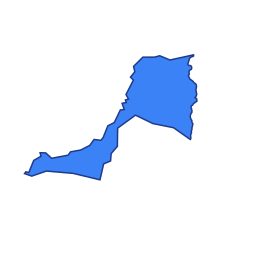 the district of Ezo, Western Equatoria, South Sudan, rotated 216°
{"feature_id": "79223893B74346966367837", "entity_name": "Ezo", "entity_type": "district", "adm_level": 2, "iso_a3": "SSD", "parent_name": "South Sudan", "parent_adm1": "Western Equatoria", "projection": "natural_earth1", "projection_center": [27.738, 5.603], "detail": "fine", "context": "isolated", "style": "filled", "palette": "blue", "viewbox_px": 256, "rotation_deg": 216, "n_neighbors": 0, "source": "geoboundaries", "source_scale": "gbopen_adm2", "svg_char_len": 1693}
<svg xmlns="http://www.w3.org/2000/svg" viewBox="0 0 256 256"><g transform="rotate(216 128 128)"><path d="M184.9,32.5L184.9,30.3L177.6,32.5L168.7,45.2L145.6,59.1L120.2,69.6L126.2,83.7L126.6,84.7L122.7,91.1L126.6,97.4L125.8,106.9L136.3,121.8L129.5,142.8L110.5,146.2L91.3,155.0L70.9,155.3L70.8,155.8L70.9,156.0L71.1,156.6L72.8,158.6L73.4,159.6L73.7,161.0L74.0,161.8L74.9,162.3L75.2,163.9L76.5,166.1L77.5,168.6L78.0,169.5L79.9,170.4L80.4,171.0L80.8,171.7L81.5,171.8L82.0,172.0L84.1,173.5L84.7,174.3L85.2,175.6L85.5,176.7L85.5,177.7L85.6,178.4L86.3,179.4L87.9,180.9L88.3,181.1L89.3,181.9L89.7,183.0L89.6,183.8L89.2,184.4L89.4,186.2L89.1,187.0L88.0,190.1L88.3,190.5L88.9,191.3L89.9,192.1L90.5,192.0L91.2,191.9L91.7,192.0L91.6,192.3L91.6,192.8L91.6,193.8L92.1,195.5L93.4,196.8L95.4,198.7L96.0,199.7L96.7,201.4L97.7,202.6L98.6,203.3L99.5,203.5L100.5,203.5L101.3,203.4L102.5,203.9L104.0,204.0L105.3,204.0L106.6,203.9L108.0,204.8L109.2,205.3L109.7,205.5L109.9,206.0L110.0,206.7L110.0,207.5L111.1,208.5L112.0,210.0L112.0,211.1L111.4,212.3L111.3,212.9L111.5,213.6L112.3,214.7L113.1,215.2L113.9,215.2L115.1,214.8L115.7,214.3L116.5,214.4L117.2,214.9L117.8,216.8L118.5,218.8L119.1,220.4L119.1,221.2L118.7,222.1L118.5,223.1L117.7,223.7L117.3,224.7L117.7,225.4L117.7,225.6L118.0,225.7L134.0,207.7L144.8,205.1L148.3,200.8L157.6,194.1L159.7,181.1L155.5,177.5L155.9,170.6L151.8,169.9L149.3,153.9L144.6,151.7L146.6,149.1L144.4,147.6L147.3,144.5L141.9,140.7L144.8,138.1L142.3,124.4L145.6,117.9L142.5,105.7L142.7,102.1L148.7,98.8L148.7,91.4L153.4,82.3L160.5,74.9L160.5,70.8L172.0,58.6L179.9,59.5L184.6,56.3L181.8,53.9L185.2,46.4L182.1,33.7L184.9,32.5Z" fill="#3b82f6" stroke="#1e3a8a" stroke-width="1.5"/></g></svg>